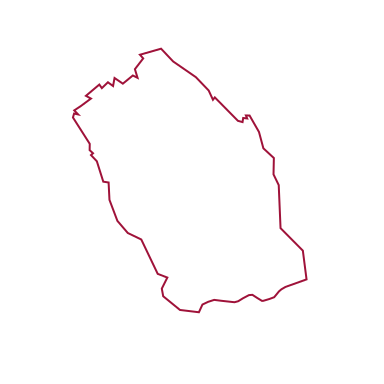 Vrapchishte, Vrapcište, North Macedonia, rotated 224°
{"feature_id": "65306769B7593203088025", "entity_name": "Vrapchishte", "entity_type": "district", "adm_level": 2, "iso_a3": "MKD", "parent_name": "North Macedonia", "parent_adm1": "Vrapcište", "projection": "robinson", "projection_center": [20.844, 41.875], "detail": "fine", "context": "isolated", "style": "outline", "palette": "rose", "viewbox_px": 384, "rotation_deg": 224, "n_neighbors": 0, "source": "geoboundaries", "source_scale": "gbopen_adm2", "svg_char_len": 1046}
<svg xmlns="http://www.w3.org/2000/svg" viewBox="0 0 384 384"><g transform="rotate(224 192 192)"><path d="M103.5,110.3L106.3,118.3L104.1,124.2L101.1,129.8L95.1,134.3L84.9,142.2L83.8,144.0L82.9,145.5L81.5,151.0L79.4,157.4L77.1,160.0L71.4,161.1L66.0,162.3L65.1,163.3L62.0,168.8L59.8,173.4L60.1,177.5L60.4,180.9L60.1,184.1L58.8,188.7L48.9,208.7L71.5,226.8L103.2,227.5L134.4,257.2L145.6,261.3L156.7,273.3L171.0,273.0L185.5,281.7L203.7,287.0L206.4,284.5L203.4,283.2L206.6,280.8L204.2,277.4L208.4,275.1L241.3,275.9L241.0,272.9L250.5,276.6L269.0,277.3L296.2,272.8L313.8,273.6L324.8,254.6L319.9,254.2L318.4,240.7L310.5,236.3L315.5,234.7L317.0,221.9L326.9,220.2L322.4,213.4L328.7,212.5L329.0,204.1L333.3,204.9L335.1,187.5L329.6,189.0L331.7,176.5L333.4,168.9L327.8,168.7L331.3,166.5L329.4,162.9L299.0,155.6L294.7,151.0L290.1,151.1L290.3,148.4L281.8,148.0L263.0,137.8L258.6,140.9L245.9,129.0L225.6,119.4L209.7,117.9L195.5,122.6L159.8,109.3L150.3,113.3L146.6,101.5L140.3,97.0L118.7,98.8L103.5,110.3Z" fill="none" stroke="#9f1239" stroke-width="2"/></g></svg>